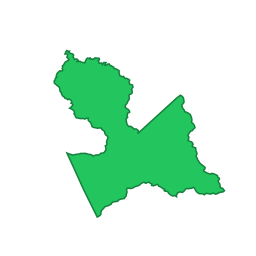 Mutunópolis, Goiás, Brazil, rotated 68°
{"feature_id": "56859067B66418540138374", "entity_name": "Mutunópolis", "entity_type": "district", "adm_level": 2, "iso_a3": "BRA", "parent_name": "Brazil", "parent_adm1": "Goiás", "projection": "robinson", "projection_center": [-49.322, -13.713], "detail": "fine", "context": "isolated", "style": "filled", "palette": "green", "viewbox_px": 256, "rotation_deg": 68, "n_neighbors": 0, "source": "geoboundaries", "source_scale": "gbopen_adm2", "svg_char_len": 4699}
<svg xmlns="http://www.w3.org/2000/svg" viewBox="0 0 256 256"><g transform="rotate(68 128 128)"><path d="M167.6,192.3L199.1,189.9L198.9,188.5L198.7,187.1L198.0,185.6L196.2,184.7L194.9,183.8L194.1,182.5L193.5,180.8L192.6,179.5L192.3,177.7L192.7,175.6L192.4,173.5L192.4,172.3L191.4,171.1L191.0,169.5L191.4,167.7L191.8,166.3L192.1,165.0L191.3,163.8L191.2,162.4L191.3,160.9L191.7,159.2L192.0,157.9L191.3,156.9L190.3,155.2L188.9,154.4L188.0,153.6L187.0,152.9L185.6,152.6L184.5,152.4L183.6,151.3L184.1,149.8L185.2,148.1L185.4,146.1L185.0,142.7L185.2,141.4L185.4,140.2L185.2,138.6L184.5,136.8L184.3,135.5L184.2,133.4L185.8,132.5L185.9,130.3L186.1,128.8L187.7,128.0L189.0,126.8L190.1,127.6L191.1,126.1L191.3,124.4L191.1,122.6L191.7,121.5L193.3,121.4L194.5,120.2L195.9,119.1L197.7,118.1L198.4,117.0L199.5,117.9L200.5,117.4L201.0,115.9L202.4,114.9L203.7,114.8L205.6,113.8L206.8,113.1L207.9,111.7L208.2,109.9L209.9,108.7L208.4,108.2L207.7,107.3L206.7,106.4L206.9,105.2L206.5,104.0L207.2,103.1L208.1,101.7L207.7,100.0L206.2,97.5L206.2,95.8L207.1,94.7L207.1,93.2L207.8,91.7L207.5,89.5L208.9,88.9L210.3,88.8L211.6,88.6L212.9,88.3L214.2,87.6L215.3,86.9L216.0,85.8L216.6,84.1L217.3,83.1L218.5,82.3L218.0,80.7L218.1,79.5L218.8,78.4L219.8,76.9L220.4,75.4L220.1,73.8L220.8,72.8L221.9,72.0L222.3,70.8L222.3,68.9L222.1,66.5L222.6,65.1L222.8,63.6L222.3,62.0L221.1,62.4L219.6,62.7L217.8,64.7L216.2,64.3L214.1,63.9L212.5,64.3L210.6,64.2L209.7,62.3L208.4,62.3L207.1,63.2L205.6,62.9L204.2,64.0L202.4,65.9L201.3,67.5L201.8,68.8L199.3,71.6L198.1,72.5L196.9,73.6L195.4,73.8L194.9,72.3L193.7,71.3L192.1,71.9L190.9,72.7L187.7,74.5L185.3,74.9L183.9,75.3L181.5,75.2L179.7,75.5L178.6,74.4L177.5,73.6L176.0,73.4L174.9,73.6L173.6,73.3L171.7,72.7L171.1,73.6L169.8,74.9L168.6,75.2L167.5,73.7L165.7,73.8L164.5,74.4L163.5,75.7L161.9,77.1L161.0,75.9L159.2,74.9L157.6,75.4L156.6,74.4L155.4,72.8L154.3,70.9L154.6,69.4L153.4,67.5L152.8,65.8L150.7,65.5L148.4,65.9L146.6,67.0L144.5,65.7L142.1,65.2L140.3,65.2L138.9,65.2L136.1,67.0L134.1,69.3L132.7,69.1L130.2,69.9L128.9,69.7L127.6,69.9L126.6,69.0L125.9,67.5L125.1,66.4L123.8,66.0L120.8,65.3L118.9,65.9L117.2,67.2L118.7,72.3L136.8,121.0L135.5,119.7L134.2,119.4L132.0,120.7L131.1,122.9L129.3,123.6L127.3,125.0L126.8,127.0L125.3,127.2L123.8,127.6L122.6,127.2L121.1,127.0L119.0,126.5L117.9,124.3L116.4,124.3L114.1,122.8L114.1,120.7L112.9,120.2L110.6,121.0L109.5,122.0L108.3,122.5L107.0,122.8L105.5,121.0L104.7,119.6L103.8,118.7L103.0,117.9L101.9,116.2L100.1,115.3L99.0,115.3L97.6,114.5L97.5,111.6L96.3,110.6L94.4,110.1L93.4,110.3L92.7,109.4L91.9,108.0L89.8,107.7L88.0,110.0L85.7,109.7L84.3,108.5L83.3,109.0L81.5,110.6L80.9,112.2L79.5,112.7L78.4,112.8L78.2,114.3L77.3,115.1L76.4,116.0L73.5,115.6L72.5,115.1L71.3,114.8L70.2,115.8L68.8,116.9L67.9,118.4L66.1,118.5L65.2,119.5L64.2,119.9L63.5,121.1L61.6,121.4L61.1,122.8L61.6,124.1L61.0,125.9L59.1,123.9L58.2,125.8L59.0,127.0L59.6,128.0L57.8,128.1L57.2,130.5L55.7,130.3L54.6,130.6L54.0,128.9L52.7,128.6L51.4,130.6L51.6,131.8L50.6,132.2L50.9,133.4L51.4,134.8L50.3,135.7L50.1,137.2L48.8,136.9L48.8,138.4L48.0,139.3L48.4,140.6L49.8,142.2L51.4,143.6L50.1,145.6L49.5,146.7L48.4,147.3L47.3,150.2L46.7,148.8L44.8,149.6L44.3,151.9L42.6,152.1L41.2,152.1L40.1,151.1L38.6,151.5L37.3,153.3L35.7,154.7L34.8,153.5L34.4,154.8L33.2,155.6L34.2,157.3L35.8,158.7L36.1,157.4L37.1,156.6L38.7,157.2L39.4,158.2L40.9,157.5L42.7,157.1L43.0,158.9L43.3,161.3L44.2,162.7L45.3,164.0L46.0,165.7L47.1,165.7L48.2,166.8L50.0,166.8L50.3,168.6L49.4,169.7L49.9,171.2L50.7,173.1L51.9,174.3L53.2,175.3L54.3,175.2L54.7,176.8L56.0,177.5L56.7,178.8L58.9,179.5L60.5,178.5L62.0,177.9L63.5,176.8L65.5,176.4L66.7,176.9L67.8,177.1L69.1,177.2L70.5,176.4L71.7,177.0L72.9,176.7L74.2,176.5L75.3,175.5L76.8,175.3L78.0,173.9L79.2,173.2L79.1,171.7L81.1,170.4L82.7,170.3L83.7,171.6L84.7,170.6L85.8,170.4L86.6,171.4L87.3,173.0L87.8,174.7L88.5,173.9L89.8,172.9L91.0,172.1L92.2,171.7L93.4,171.6L94.5,172.8L96.2,172.3L97.7,172.5L99.2,172.1L100.2,170.5L101.3,168.9L101.9,167.4L102.4,165.9L103.6,164.7L103.4,162.7L104.1,161.2L105.7,162.0L107.1,161.6L108.5,160.8L109.5,160.7L110.8,160.5L112.2,160.8L113.3,160.8L114.6,159.7L115.4,158.4L116.8,156.3L117.2,154.6L118.3,152.6L119.4,152.8L121.2,151.7L122.6,151.0L124.1,151.6L126.7,151.0L128.0,150.0L129.2,150.1L130.4,151.1L131.5,152.1L133.3,153.3L134.8,153.4L135.8,154.4L136.1,155.8L137.9,156.0L140.1,156.6L141.1,158.5L141.9,159.4L141.7,161.0L141.2,162.7L141.9,164.2L141.9,165.6L141.3,166.9L140.8,169.0L141.1,170.9L139.2,171.8L138.3,172.9L137.8,174.2L136.4,175.9L135.3,177.4L134.8,179.2L133.9,181.0L133.8,183.0L133.3,184.7L132.7,187.3L132.5,189.1L131.2,190.7L129.9,192.4L128.3,194.0L147.3,193.1L167.6,192.3Z" fill="#22c55e" stroke="#15803d" stroke-width="1.5"/></g></svg>